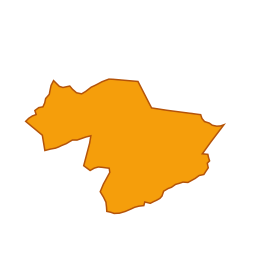 Meruoca, Ceará, Brazil (Mercator projection), rotated 327°
{"feature_id": "56859067B26232232451601", "entity_name": "Meruoca", "entity_type": "district", "adm_level": 2, "iso_a3": "BRA", "parent_name": "Brazil", "parent_adm1": "Ceará", "projection": "mercator", "projection_center": [-40.459, -3.57], "detail": "fine", "context": "isolated", "style": "filled", "palette": "amber", "viewbox_px": 256, "rotation_deg": 327, "n_neighbors": 0, "source": "geoboundaries", "source_scale": "gbopen_adm2", "svg_char_len": 1325}
<svg xmlns="http://www.w3.org/2000/svg" viewBox="0 0 256 256"><g transform="rotate(327 128 128)"><path d="M74.5,194.8L80.3,196.5L86.7,197.6L90.4,198.1L94.6,199.5L99.0,201.7L101.8,199.2L105.7,203.3L109.5,203.7L112.9,204.2L116.4,204.4L119.4,203.6L123.5,200.4L128.7,200.6L132.2,201.4L137.2,201.2L141.1,202.4L144.6,203.3L148.6,206.3L152.8,206.6L156.8,206.9L161.8,206.6L166.3,208.3L169.6,206.8L173.6,205.1L175.3,200.7L178.5,200.0L179.5,196.5L180.6,193.6L176.3,190.1L190.2,184.7L210.2,177.5L206.8,176.7L203.4,174.8L200.2,171.6L198.8,168.1L195.7,164.3L195.2,160.4L196.2,156.4L170.0,134.1L158.7,124.0L159.3,117.6L160.4,107.0L161.7,94.4L142.1,79.1L138.6,76.6L135.5,75.9L131.3,75.0L127.3,74.7L123.5,74.3L119.3,73.7L112.4,74.3L107.7,74.1L104.0,70.4L102.5,65.2L102.0,61.1L95.5,58.6L93.1,55.7L91.4,47.7L86.7,50.4L83.2,53.9L80.3,56.9L75.0,58.4L71.8,61.6L68.2,63.9L64.3,62.3L59.4,62.6L58.3,66.7L54.4,65.8L50.0,65.8L45.8,66.7L52.2,87.4L46.0,101.6L51.4,103.4L56.2,105.4L59.4,106.1L62.6,106.5L67.8,107.5L71.3,107.6L74.8,107.8L78.8,110.4L84.1,111.7L87.8,112.6L92.6,114.3L87.6,119.8L70.3,135.5L73.1,143.0L77.9,143.3L81.8,144.5L84.9,146.9L90.3,151.5L88.6,155.3L84.7,157.4L81.4,159.2L76.9,161.6L70.0,166.3L69.8,172.7L69.1,178.2L66.9,182.6L64.8,186.4L67.6,189.2L69.8,192.1L74.5,194.8Z" fill="#f59e0b" stroke="#b45309" stroke-width="1.5"/></g></svg>